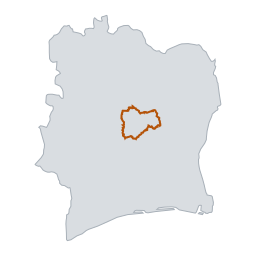 Gbeke, Vallée du Bandama, Ivory Coast (highlighted)
{"feature_id": "98640826B94469137469464", "entity_name": "Gbeke", "entity_type": "district", "adm_level": 2, "iso_a3": "CIV", "parent_name": "Ivory Coast", "parent_adm1": "Vallée du Bandama", "projection": "natural_earth1", "projection_center": [-5.149, 7.692], "detail": "fine", "context": "in_parent", "style": "outline", "palette": "amber", "viewbox_px": 256, "rotation_deg": 0, "n_neighbors": 0, "source": "geoboundaries", "source_scale": "gbopen_adm2", "svg_char_len": 8040}
<svg xmlns="http://www.w3.org/2000/svg" viewBox="0 0 256 256"><path d="M54.1,35.2L55.0,35.2L57.3,34.4L59.4,32.6L61.4,28.9L64.1,25.9L67.1,26.1L68.0,25.5L69.1,25.4L70.3,27.4L71.6,28.9L72.5,28.9L73.1,31.8L78.6,33.0L81.0,33.8L83.0,35.9L83.6,35.9L84.5,35.5L85.1,34.7L85.3,33.9L84.4,32.1L84.8,30.4L85.7,28.9L87.1,28.8L89.2,28.3L91.7,28.3L93.5,28.6L94.2,27.1L93.5,22.9L93.7,20.5L94.0,18.6L94.7,17.8L97.4,20.2L99.9,21.1L101.7,21.2L102.2,20.7L101.4,18.0L101.6,17.2L102.3,16.7L103.5,16.5L106.6,15.4L107.0,15.6L107.6,19.8L107.3,21.2L107.9,24.1L108.8,26.8L108.7,27.9L108.0,29.6L107.2,31.1L107.3,31.7L108.6,32.8L111.0,33.8L113.5,34.1L114.9,32.5L116.4,31.2L117.4,30.1L117.7,28.4L119.3,27.2L123.8,25.6L128.0,25.4L129.0,25.9L130.9,28.3L133.3,29.9L137.0,29.7L139.6,30.6L141.9,32.4L143.4,36.4L145.1,39.3L145.9,43.4L148.5,45.6L150.6,46.6L153.4,49.6L156.3,51.1L159.3,50.8L160.7,52.3L163.0,53.4L165.2,53.5L167.2,50.1L169.8,48.7L176.4,45.9L179.1,44.7L181.7,43.9L188.1,43.6L194.0,44.5L196.9,45.1L198.9,44.7L200.8,46.3L202.8,49.7L204.4,50.8L206.1,52.0L207.3,54.7L208.8,57.4L209.5,58.6L211.3,61.3L212.9,61.3L214.4,60.2L215.0,59.3L215.3,61.1L214.7,63.9L214.8,65.7L215.7,66.3L215.2,68.6L213.5,72.5L213.5,74.7L215.2,75.5L216.5,77.9L217.2,82.0L218.0,83.4L218.0,84.2L219.3,94.3L220.9,104.3L219.9,105.6L218.5,106.0L217.6,106.5L217.4,107.4L218.0,108.8L217.6,110.0L215.9,110.9L212.2,114.1L212.0,115.4L211.0,118.1L210.2,119.8L209.0,122.8L207.1,131.0L206.4,137.7L206.3,139.8L205.6,141.3L204.7,143.3L200.7,149.1L198.7,153.9L199.0,155.9L199.1,158.0L198.5,159.5L198.6,163.5L199.1,166.8L199.8,170.1L202.7,179.4L204.2,185.0L205.2,189.5L206.0,192.6L206.8,193.8L207.1,195.0L211.4,195.8L212.2,196.5L213.4,202.4L213.2,205.1L212.4,206.1L212.4,208.4L212.2,211.2L211.6,212.3L209.2,212.5L207.5,213.5L205.4,213.1L205.2,212.4L204.0,212.1L200.8,210.5L201.3,205.4L199.8,205.2L198.7,205.9L196.4,212.0L195.3,213.1L179.4,209.9L175.9,207.4L171.8,206.8L164.6,207.1L158.6,207.8L156.9,209.4L171.9,208.5L173.6,208.7L174.3,209.6L155.3,211.6L148.0,212.8L145.9,212.5L144.2,210.5L136.3,210.3L134.7,210.9L133.7,212.4L136.8,212.1L141.8,212.0L143.1,213.1L127.7,214.6L117.1,217.3L112.6,219.4L97.7,226.1L88.7,229.3L86.3,230.5L82.2,233.8L76.9,235.9L70.9,239.8L67.3,240.6L66.5,239.4L66.4,232.8L65.9,224.0L66.1,220.7L66.6,217.5L66.6,214.9L68.4,213.9L68.9,212.8L69.2,209.4L70.9,206.3L70.9,200.8L71.4,199.7L71.8,198.3L71.1,194.7L70.1,188.0L69.7,187.6L69.3,187.8L68.3,188.0L64.6,185.6L61.7,185.2L59.7,183.3L59.6,181.0L58.6,179.7L57.9,177.1L56.9,174.1L54.1,172.3L51.4,171.8L49.5,172.2L47.3,172.1L44.8,171.1L43.0,170.0L41.4,167.8L39.8,166.0L38.6,166.3L37.1,165.8L35.6,165.0L35.1,164.4L41.3,157.5L43.4,154.1L43.6,152.0L43.7,149.9L44.3,147.7L44.5,144.4L41.1,132.5L40.3,128.8L39.4,127.7L38.8,127.3L40.5,125.8L42.9,126.2L46.5,127.4L47.3,126.2L50.1,120.2L50.0,117.9L49.7,116.4L51.4,112.2L52.7,110.6L53.3,108.9L53.1,106.6L52.1,105.7L50.9,105.9L49.3,105.3L47.0,103.9L45.8,102.7L46.2,97.3L46.4,95.6L47.3,94.6L48.5,94.3L52.2,94.2L55.1,94.8L57.6,95.2L59.0,95.2L60.1,96.8L61.6,98.4L62.9,98.4L63.3,97.2L63.1,91.8L62.2,89.0L60.2,86.2L55.2,83.9L55.0,80.6L55.6,77.1L56.7,75.7L60.4,73.5L59.8,72.3L58.6,71.0L56.2,69.7L56.7,65.4L56.9,61.6L54.8,62.1L52.8,62.3L51.0,61.1L49.6,58.8L49.3,52.5L49.3,45.2L49.0,41.9L49.6,40.2L51.4,38.6L53.4,36.5L54.1,35.2ZM203.3,213.2L202.5,214.6L198.4,213.7L199.4,212.5L203.3,213.2Z" fill="#d9dde1" stroke="#a8b0b8" stroke-width="1"/><path d="M155.2,128.3L155.4,128.1L155.5,127.9L155.4,127.8L155.3,127.7L155.4,127.4L155.7,127.2L155.8,127.2L156.0,127.2L156.3,127.0L156.5,126.9L156.6,127.0L156.9,126.8L157.0,126.8L156.9,126.6L157.2,126.5L157.1,126.3L157.2,126.2L157.3,125.8L157.6,125.6L157.8,125.5L157.8,125.4L158.0,125.2L158.4,125.2L158.5,125.2L159.0,125.3L159.2,125.5L159.4,125.7L159.6,125.7L159.7,125.8L159.9,125.5L160.0,125.5L160.3,125.4L160.3,123.9L160.2,123.6L160.0,123.3L160.0,123.0L159.9,122.3L159.8,122.1L159.9,121.9L159.8,121.5L159.8,121.2L159.7,121.0L159.6,120.7L159.3,120.1L159.2,120.0L159.1,119.8L159.1,119.7L159.0,119.3L159.0,119.1L159.1,118.7L159.3,118.0L159.2,117.9L159.1,118.0L158.9,118.1L158.7,117.9L158.2,117.9L158.1,118.1L158.1,117.8L158.1,117.7L158.2,117.4L158.3,117.3L158.2,117.2L157.9,117.0L157.7,117.0L157.5,116.9L157.4,116.8L157.3,116.7L157.2,116.5L157.0,116.4L156.9,115.9L156.7,115.9L157.2,113.4L156.6,112.9L156.4,112.7L156.2,112.5L155.9,111.8L155.3,110.4L154.9,110.2L154.7,110.1L154.2,110.2L153.5,110.2L152.7,110.5L152.8,110.6L152.9,111.1L152.7,111.1L151.7,111.2L150.5,111.4L150.2,111.5L146.9,112.8L146.5,112.5L146.3,112.2L145.9,112.1L145.0,112.0L144.8,112.4L144.7,112.2L144.4,112.2L144.1,112.1L143.9,112.1L143.6,112.4L143.5,112.6L143.3,112.6L143.0,112.8L142.4,112.7L142.1,112.8L141.5,112.8L141.2,112.9L140.9,112.9L140.7,113.0L140.5,113.4L140.3,113.5L139.0,111.9L138.9,110.8L138.2,110.5L137.2,109.8L136.7,109.6L136.4,109.7L136.2,109.5L136.2,109.3L135.8,108.9L135.8,108.7L135.7,108.7L135.5,108.4L135.4,108.4L135.2,108.4L134.5,108.0L134.4,107.8L134.0,108.0L133.8,108.0L133.7,108.0L133.7,107.9L133.5,107.5L133.3,107.3L133.0,106.9L133.1,106.7L132.9,106.4L132.6,106.2L132.6,106.4L132.8,106.7L132.9,106.9L132.8,107.2L132.8,107.4L132.8,108.0L132.7,108.1L132.4,108.1L132.2,107.9L132.0,108.1L131.7,107.8L131.3,107.6L131.1,107.6L131.0,107.8L130.9,107.9L130.7,107.9L130.4,107.5L130.3,107.4L130.2,107.4L130.1,107.7L129.9,107.8L129.7,107.7L129.5,107.8L129.4,107.4L129.0,107.4L128.9,107.5L129.1,107.8L129.2,108.2L129.1,108.3L129.3,108.7L129.2,108.8L128.9,108.8L128.9,109.1L129.0,109.2L128.9,109.4L128.6,109.5L128.4,109.6L128.4,109.8L128.3,110.2L128.3,110.3L128.2,110.3L127.9,110.2L127.9,110.3L128.1,110.4L128.1,110.6L127.7,110.6L127.6,110.9L122.7,110.7L122.6,110.8L122.5,111.0L122.5,111.3L122.5,111.6L122.5,111.8L122.5,112.2L122.3,112.3L122.1,112.5L122.2,113.1L122.1,113.4L122.1,113.7L122.1,113.8L122.1,114.0L121.9,114.0L121.9,114.3L121.7,114.5L121.5,115.4L121.5,115.5L121.6,116.2L121.5,116.5L121.5,116.9L121.4,117.2L121.5,117.6L121.6,117.9L121.7,118.0L121.8,118.3L121.7,118.4L121.5,118.6L122.2,119.7L122.5,120.5L123.8,122.1L124.0,122.2L124.0,122.3L123.8,123.7L124.0,124.7L123.4,125.1L122.9,125.2L123.5,125.8L124.0,126.8L123.7,127.7L122.8,127.8L122.9,128.1L123.3,128.3L123.3,128.5L123.2,128.6L123.3,128.8L123.2,129.0L122.8,129.2L122.6,129.4L122.5,129.7L122.6,130.1L122.5,130.3L122.9,130.5L123.1,130.7L123.1,130.8L123.1,131.0L123.1,131.4L122.9,131.9L122.8,132.3L122.6,132.5L122.7,133.0L122.7,133.5L122.9,134.0L123.1,134.1L123.3,134.2L123.6,134.1L123.8,134.2L123.9,134.3L123.9,134.5L123.7,134.9L123.7,135.0L123.4,135.2L123.0,135.4L123.0,135.5L123.1,135.8L123.6,136.3L124.4,136.6L124.7,136.8L125.0,137.2L125.1,137.4L125.0,137.7L125.0,137.9L125.1,138.2L125.5,137.6L126.3,137.6L126.5,137.4L127.2,137.4L127.6,137.1L128.3,137.0L129.7,136.6L130.1,136.4L130.4,136.2L130.5,136.3L130.8,136.3L131.0,136.3L131.2,136.2L131.6,136.2L131.8,136.5L131.7,137.0L131.9,137.2L132.3,137.1L132.6,137.2L132.8,138.2L133.0,138.5L134.2,138.7L134.3,138.6L134.6,138.5L135.0,138.5L135.4,138.7L135.5,138.7L135.8,138.8L136.0,139.0L136.6,137.9L136.8,137.8L136.9,137.5L137.3,137.1L137.4,136.9L137.8,137.1L138.0,137.1L138.5,136.8L138.5,136.7L138.6,136.4L138.7,136.1L138.9,135.7L139.0,135.5L139.2,135.3L139.4,135.2L139.5,135.0L139.7,134.8L140.1,134.8L140.2,134.7L140.5,134.7L141.3,134.0L141.4,133.9L141.4,133.7L141.5,133.4L141.5,133.2L141.5,132.9L141.8,132.9L142.0,132.7L142.3,132.6L142.7,132.7L143.0,132.7L143.3,132.3L143.5,131.7L144.0,131.1L144.2,130.9L144.3,130.8L144.9,130.3L145.1,130.4L145.2,130.6L145.3,130.6L145.3,130.4L145.5,130.2L145.8,129.8L146.0,129.7L146.3,129.9L146.4,130.0L146.5,130.0L146.5,129.9L146.9,130.1L147.2,130.0L147.2,129.6L147.2,129.4L147.2,128.9L147.1,128.6L147.3,128.2L147.5,127.9L147.6,127.7L147.8,127.4L148.1,126.7L148.4,126.7L148.5,125.5L149.0,125.7L149.4,126.3L149.5,126.3L149.8,126.8L150.1,127.0L150.3,126.9L150.5,126.8L150.8,127.0L151.0,127.0L151.3,127.1L151.8,126.5L152.4,127.3L152.6,127.5L152.9,128.0L152.9,128.3L153.0,128.4L153.2,128.5L153.3,128.3L153.5,128.4L153.8,128.4L154.0,128.6L154.3,128.7L154.5,128.8L154.8,128.7L155.1,128.3L155.2,128.3Z" fill="none" stroke="#b45309" stroke-width="2"/></svg>